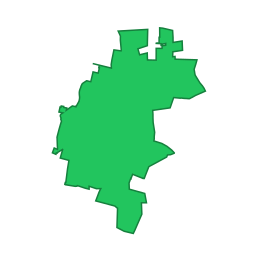 outline of Tepakán, Yucatán, Mexico, rotated 8°
{"feature_id": "50627088B22415210439928", "entity_name": "Tepakán", "entity_type": "district", "adm_level": 2, "iso_a3": "MEX", "parent_name": "Mexico", "parent_adm1": "Yucatán", "projection": "mercator", "projection_center": [-89.004, 21.063], "detail": "fine", "context": "isolated", "style": "filled", "palette": "green", "viewbox_px": 256, "rotation_deg": 8, "n_neighbors": 0, "source": "geoboundaries", "source_scale": "gbopen_adm2", "svg_char_len": 2791}
<svg xmlns="http://www.w3.org/2000/svg" viewBox="0 0 256 256"><g transform="rotate(8 128 128)"><path d="M149.0,228.3L153.7,211.4L151.7,200.2L156.7,199.5L153.7,190.5L137.8,188.4L136.7,182.3L137.7,177.6L137.8,177.7L138.0,177.8L138.0,177.7L139.0,173.2L147.7,175.3L148.8,175.6L149.9,175.9L150.0,175.5L151.1,175.7L151.4,174.5L151.5,173.9L153.9,163.8L154.1,163.3L170.3,151.4L170.9,149.2L173.9,148.5L177.2,146.6L177.3,146.5L177.3,146.2L174.4,143.8L169.1,140.7L163.7,138.6L159.7,137.9L155.4,137.2L155.5,135.1L155.2,133.2L155.1,131.0L155.0,128.5L152.1,118.9L151.3,114.5L150.8,111.0L150.0,107.1L166.9,102.2L169.0,91.5L175.5,91.2L176.7,90.9L179.2,90.9L182.6,90.6L183.1,90.6L184.6,90.5L185.3,90.1L186.6,89.1L186.9,88.9L187.0,88.9L190.4,86.3L199.5,80.7L197.7,78.0L195.8,75.9L192.8,73.2L187.7,67.0L187.1,66.2L186.4,64.2L186.2,63.4L185.7,61.9L185.3,60.6L185.3,60.4L185.4,60.2L186.2,55.6L186.7,51.9L186.8,50.9L165.1,53.3L164.6,50.6L162.3,51.2L161.8,46.3L171.2,43.5L169.5,34.3L160.7,37.0L160.0,32.1L158.6,25.2L148.6,24.3L145.4,24.4L146.8,33.7L146.5,33.8L146.2,33.8L146.2,34.3L146.3,34.7L146.3,35.1L146.4,35.6L146.5,36.0L146.5,36.4L146.6,36.9L146.6,37.2L146.7,37.5L146.7,37.9L146.8,38.3L146.9,38.8L147.0,39.2L147.0,39.6L146.7,39.7L146.3,39.7L145.8,39.7L145.8,39.8L145.3,39.8L144.9,39.9L144.5,39.9L144.2,40.0L144.2,40.3L146.7,40.1L149.0,39.9L149.3,41.8L150.4,41.7L150.2,40.1L152.8,39.3L153.6,39.0L153.8,40.9L150.4,41.8L150.6,44.4L144.8,45.2L145.4,49.3L146.2,55.3L146.4,56.9L137.8,57.9L136.6,51.0L129.3,53.9L126.8,48.2L135.7,43.8L135.2,39.8L134.7,35.4L133.8,27.6L104.8,33.4L107.7,38.0L108.2,42.1L109.6,48.0L110.5,51.9L110.4,52.6L103.2,52.6L102.6,62.4L102.5,67.4L103.2,71.0L84.1,69.1L90.9,69.8L90.7,72.4L91.3,72.4L90.8,77.8L85.6,77.3L84.7,87.3L82.9,87.2L81.2,87.0L80.4,87.0L77.0,90.0L76.4,90.8L75.7,93.1L75.5,94.6L75.0,96.6L74.8,98.0L74.8,99.5L75.1,101.4L75.8,104.3L75.9,106.0L75.8,107.8L75.7,108.1L75.8,108.2L74.0,112.9L73.5,113.3L73.5,114.2L71.1,114.0L69.8,113.9L64.4,119.0L64.6,116.7L61.6,116.6L61.4,115.6L58.8,115.5L58.7,116.8L57.8,116.7L57.4,121.8L61.3,122.1L60.9,122.4L60.9,122.5L59.5,123.9L59.3,124.4L59.3,124.8L59.2,125.4L59.7,126.5L60.1,127.0L60.3,127.8L60.2,128.4L60.4,129.2L61.0,130.0L61.2,131.3L61.0,131.5L60.7,133.4L59.9,139.1L59.4,143.4L59.1,145.9L59.0,147.1L59.1,147.4L60.5,155.4L61.1,158.3L61.1,159.0L57.7,158.1L56.6,163.1L60.3,164.1L60.5,162.6L61.3,162.6L61.2,162.4L66.2,158.3L66.3,158.4L65.1,167.2L74.0,168.3L73.8,176.6L74.0,190.5L73.5,190.6L73.3,192.0L73.3,192.6L74.6,192.7L74.5,192.9L78.9,193.0L84.0,193.1L85.6,192.7L85.8,192.1L86.0,192.1L94.1,193.6L98.0,194.0L97.6,191.1L105.2,192.5L109.5,191.8L108.9,193.5L108.2,195.8L106.2,204.7L125.8,207.1L128.3,208.7L128.8,208.8L130.9,228.1L138.6,230.8L142.7,231.2L147.9,231.7L149.0,228.3Z" fill="#22c55e" stroke="#15803d" stroke-width="1.5"/></g></svg>